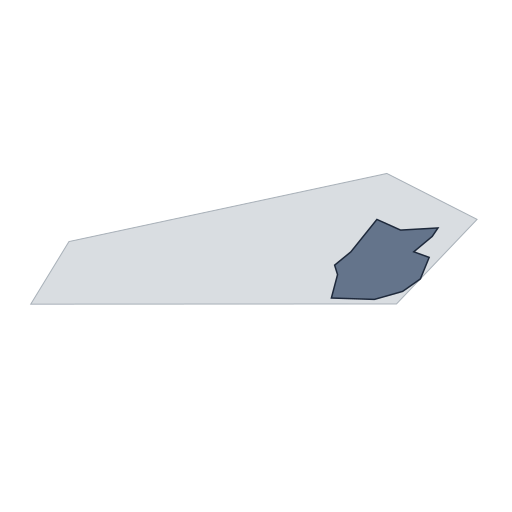 Sandy Hill on a map of Anguilla (Robinson projection), rotated 20°
{"feature_id": "AIA-5121", "entity_name": "Sandy Hill", "entity_type": "District", "adm_level": 1, "iso_a3": "AIA", "parent_name": "Anguilla", "parent_adm1": "", "projection": "robinson", "projection_center": [-63.011, 18.236], "detail": "fine", "context": "in_parent", "style": "filled", "palette": "slate", "viewbox_px": 512, "rotation_deg": 20, "n_neighbors": 0, "source": "natural_earth", "source_scale": "10m", "svg_char_len": 470}
<svg xmlns="http://www.w3.org/2000/svg" viewBox="0 0 512 512"><g transform="rotate(20 256 256)"><path d="M404.4,253.0L60.8,378.3L75.3,306.4L350.7,133.7L451.2,146.0L404.4,253.0Z" fill="#d9dde1" stroke="#a8b0b8" stroke-width="1"/><path d="M418.3,221.3L405.9,239.1L382.1,256.3L341.2,269.7L339.0,245.6L333.0,237.7L343.7,219.7L357.1,180.3L383.0,182.2L417.4,167.4L414.9,177.3L402.8,198.1L419.2,198.1L418.3,221.3Z" fill="#64748b" stroke="#1e293b" stroke-width="1.5"/></g></svg>